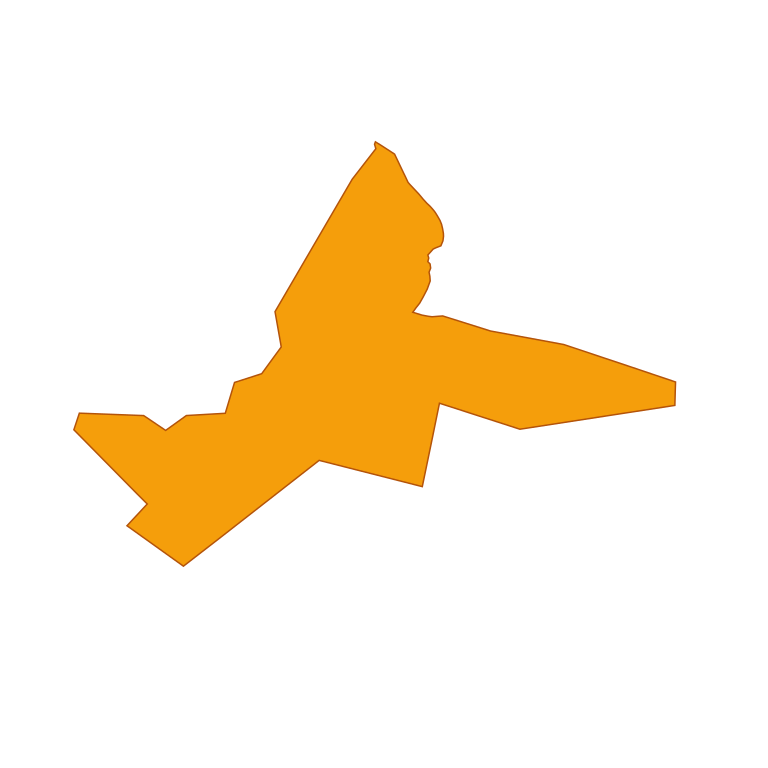 outline of São José do Peixe, Piauí, Brazil, rotated 286°
{"feature_id": "56859067B40995132660641", "entity_name": "São José do Peixe", "entity_type": "district", "adm_level": 2, "iso_a3": "BRA", "parent_name": "Brazil", "parent_adm1": "Piauí", "projection": "mercator", "projection_center": [-42.491, -7.517], "detail": "fine", "context": "isolated", "style": "filled", "palette": "amber", "viewbox_px": 768, "rotation_deg": 286, "n_neighbors": 0, "source": "geoboundaries", "source_scale": "gbopen_adm2", "svg_char_len": 1069}
<svg xmlns="http://www.w3.org/2000/svg" viewBox="0 0 768 768"><g transform="rotate(286 384 384)"><path d="M572.1,297.0L516.2,282.8L423.5,259.3L393.6,273.9L391.2,275.0L379.3,270.6L360.2,263.6L344.3,239.9L312.1,239.5L299.2,202.7L279.2,186.9L287.4,161.7L272.0,99.2L254.5,98.5L210.3,177.0L203.4,189.5L176.9,176.0L153.6,241.4L191.8,269.4L292.7,342.7L295.9,449.1L347.6,445.2L350.0,445.0L380.8,442.6L378.0,527.1L443.6,669.5L457.2,666.0L466.3,663.7L468.6,613.6L471.5,545.9L464.3,471.8L465.6,421.7L464.0,417.3L461.9,411.7L461.3,407.9L460.7,401.5L460.9,391.9L466.2,393.8L471.5,396.0L478.2,397.6L487.1,399.4L495.8,400.0L500.2,398.4L503.9,396.5L508.3,396.9L512.1,395.2L513.7,392.4L517.4,392.3L520.1,390.6L527.3,394.1L529.3,396.4L532.5,400.6L537.9,401.2L542.4,400.5L545.1,399.6L549.5,397.5L553.4,395.3L556.6,392.8L560.4,388.9L563.1,385.9L564.6,383.9L567.5,379.4L569.6,375.3L572.5,370.6L576.3,365.0L583.1,353.6L584.5,351.5L589.2,347.4L592.3,344.6L607.9,330.8L612.5,315.8L614.4,309.0L611.9,308.8L607.9,311.3L572.1,297.0Z" fill="#f59e0b" stroke="#b45309" stroke-width="1.5"/></g></svg>